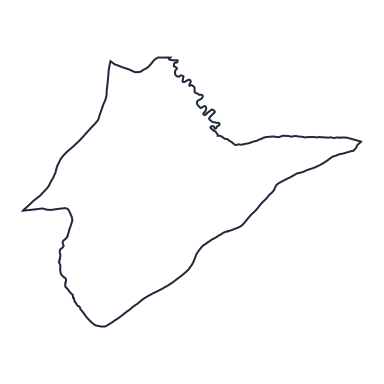 Rovieng, Preah Vihéar, Cambodia (orthographic projection)
{"feature_id": "14789045B51869022105306", "entity_name": "Rovieng", "entity_type": "district", "adm_level": 2, "iso_a3": "KHM", "parent_name": "Cambodia", "parent_adm1": "Preah Vihéar", "projection": "orthographic", "projection_center": [105.174, 13.345], "detail": "fine", "context": "isolated", "style": "outline", "palette": "slate", "viewbox_px": 384, "rotation_deg": 0, "n_neighbors": 0, "source": "geoboundaries", "source_scale": "gbopen_adm2", "svg_char_len": 5886}
<svg xmlns="http://www.w3.org/2000/svg" viewBox="0 0 384 384"><path d="M148.0,296.0L149.1,295.5L153.2,293.2L156.1,291.9L162.1,288.8L164.1,287.6L166.7,286.2L170.8,283.7L172.4,282.5L173.0,282.2L176.4,279.5L178.6,277.9L181.0,276.1L186.4,271.6L186.8,271.1L187.9,270.2L188.8,269.1L191.8,264.9L192.3,264.2L193.8,261.1L194.2,259.8L195.2,257.6L196.5,254.1L198.1,251.6L200.2,248.8L202.0,246.6L203.2,245.5L203.7,245.2L204.4,244.7L206.8,243.1L208.6,241.7L209.1,241.5L212.1,239.4L215.7,237.6L219.1,235.3L220.1,234.9L223.5,232.7L227.6,231.1L227.8,231.5L229.9,230.6L231.3,230.2L238.4,227.5L240.5,226.4L242.4,224.9L244.4,222.8L247.0,219.5L251.1,214.7L254.9,211.2L257.4,208.5L260.5,204.5L262.2,202.5L266.1,198.8L266.9,197.8L267.3,197.5L268.1,196.4L269.9,194.2L271.7,192.9L272.2,192.3L273.8,190.3L276.0,185.6L276.9,184.6L278.7,183.2L281.0,182.0L282.3,181.2L286.7,179.0L287.8,178.4L289.6,177.6L291.7,176.5L296.9,173.5L297.7,173.3L301.6,172.4L303.7,171.7L307.2,170.0L312.3,168.4L315.5,167.2L318.0,165.9L319.0,165.6L320.5,164.7L322.9,163.4L327.9,160.1L328.9,159.3L331.6,157.3L333.3,156.4L335.8,155.7L338.1,154.7L340.7,153.9L341.9,153.9L351.8,151.0L353.4,150.8L353.7,150.6L353.8,150.3L354.1,149.9L354.7,149.5L355.2,148.7L355.5,148.5L356.3,147.6L356.5,147.2L356.6,146.6L357.1,145.4L358.5,144.0L359.9,142.8L360.7,142.0L361.0,141.6L352.6,139.2L347.4,137.8L346.3,137.6L341.8,137.5L340.6,137.5L340.5,137.8L339.3,137.7L337.8,137.4L336.8,137.5L334.8,137.9L333.6,138.0L331.2,137.4L329.8,137.4L328.4,137.7L324.6,137.4L320.8,137.2L319.5,137.0L317.7,137.3L315.5,137.3L313.4,136.9L311.2,137.1L308.7,137.0L306.2,137.3L304.5,137.3L302.1,136.8L298.4,136.5L296.6,136.1L294.7,136.0L291.8,136.6L289.9,136.4L288.4,136.0L284.2,135.8L282.5,135.8L278.8,137.2L276.7,137.0L275.0,136.7L273.1,136.5L266.9,137.0L264.5,137.4L263.0,138.0L261.2,139.0L258.9,139.6L257.2,140.6L256.2,140.9L252.7,141.8L249.2,143.1L247.2,143.6L244.6,143.9L243.0,144.5L240.8,144.7L239.0,144.4L238.2,144.5L237.1,144.7L235.4,145.0L234.7,144.7L232.3,142.6L231.5,142.0L229.4,140.8L227.5,139.2L226.0,139.0L224.9,138.7L223.9,138.2L221.9,136.7L220.7,136.1L219.9,135.8L218.1,135.8L217.7,135.8L217.8,135.1L217.4,134.3L215.5,131.5L213.0,130.2L212.5,129.6L211.7,129.0L210.7,127.9L210.4,127.3L211.0,126.5L211.9,126.1L212.7,126.1L213.5,126.4L214.0,126.9L214.9,128.6L215.8,128.5L216.3,128.0L216.7,127.1L217.1,126.4L219.5,124.9L219.6,124.1L219.4,123.5L219.2,123.2L218.5,122.9L216.6,122.8L214.8,122.4L212.9,122.1L212.3,121.8L211.6,121.4L210.5,120.3L209.8,119.9L209.5,119.4L209.1,118.6L209.3,117.9L211.0,115.9L212.3,114.5L213.1,114.0L213.5,113.3L214.3,112.8L214.8,112.1L214.6,111.2L213.9,110.5L212.8,109.7L211.6,109.6L210.2,110.8L208.0,112.4L207.4,113.0L206.7,113.3L206.4,113.7L206.4,114.1L205.2,114.9L204.6,115.0L203.8,114.8L203.3,113.7L203.7,113.0L204.1,112.5L204.9,111.9L205.7,110.4L206.2,109.0L206.0,107.4L205.7,106.5L205.3,106.2L204.6,106.1L203.7,106.4L201.0,108.0L200.5,107.9L199.1,106.6L197.5,104.8L197.1,103.7L196.9,102.1L197.2,101.4L198.4,100.3L200.1,99.5L201.6,98.5L202.6,97.1L202.8,96.5L202.7,95.7L201.9,94.8L199.9,94.8L199.2,94.7L196.7,93.2L196.0,93.1L195.0,92.6L194.6,91.9L194.6,88.4L194.4,87.5L194.2,86.9L193.2,86.1L192.2,85.5L191.5,85.2L190.7,85.3L190.0,85.7L189.6,85.7L189.4,85.4L189.2,85.0L189.8,83.6L190.3,82.9L190.8,81.7L190.6,81.0L190.3,80.4L189.4,79.7L188.3,79.9L186.6,80.7L185.6,81.5L184.9,81.8L183.7,82.1L183.1,82.0L182.7,81.6L182.6,80.4L182.9,79.6L183.2,77.3L183.5,76.5L182.7,75.9L181.2,75.3L180.3,75.6L179.3,76.6L178.5,76.7L177.6,76.6L176.3,75.8L175.5,75.1L175.0,72.7L175.0,72.0L175.1,71.2L175.4,70.4L175.9,69.8L176.7,69.0L177.0,68.4L176.7,68.0L176.0,67.3L175.2,66.8L174.8,66.8L174.2,66.5L174.0,66.2L173.8,65.6L174.1,63.9L174.4,63.2L174.7,62.9L175.4,62.7L177.0,62.5L177.3,62.2L177.7,60.7L177.2,60.2L176.2,60.2L174.8,60.4L172.0,60.1L169.5,59.6L169.0,59.3L168.8,58.9L170.2,57.6L167.3,57.5L161.3,57.6L158.8,57.5L157.4,57.7L154.5,59.7L153.2,61.2L150.4,64.7L148.9,66.3L147.6,67.5L146.5,68.3L143.0,70.0L142.0,70.9L140.8,71.6L139.6,71.9L136.5,72.2L134.8,72.1L128.7,69.3L122.2,67.2L118.1,65.5L114.8,64.4L110.5,61.2L109.3,66.4L108.7,70.5L107.9,80.2L106.6,91.8L106.6,94.6L106.3,96.4L105.5,99.4L104.8,101.3L103.5,104.1L102.8,106.0L102.3,107.6L99.6,115.2L98.5,119.0L97.8,120.4L97.2,121.2L94.9,123.8L93.3,125.5L92.7,126.0L87.9,131.3L79.7,140.4L74.7,145.0L73.6,146.2L69.3,149.8L66.6,152.2L64.8,154.0L62.2,156.9L61.2,158.4L60.1,160.1L57.6,165.2L56.9,167.1L56.4,168.8L55.4,172.8L53.1,177.9L50.9,181.6L48.7,186.1L46.6,188.8L42.5,193.1L41.7,194.0L39.9,195.8L33.4,200.9L28.5,205.6L23.5,210.0L23.0,210.7L34.9,209.4L41.4,208.6L41.9,208.5L42.9,208.6L47.0,209.7L49.6,209.9L51.2,209.9L59.8,208.7L64.7,208.2L65.5,208.2L66.0,208.3L67.5,208.9L67.9,209.1L68.3,209.6L70.3,213.4L70.4,213.9L71.8,217.0L72.4,220.8L71.8,222.3L70.6,226.2L70.1,227.3L69.5,229.2L69.1,229.8L69.2,230.7L68.6,232.3L68.5,233.4L68.0,234.2L67.9,235.1L67.3,236.0L67.5,236.6L66.7,237.5L66.3,238.2L65.4,239.0L63.9,240.2L63.2,240.8L62.8,241.6L62.6,242.4L63.0,244.1L63.6,245.8L63.4,246.3L63.0,247.1L62.4,247.7L60.5,249.2L59.8,250.3L59.8,253.0L60.3,254.2L60.4,256.1L60.1,256.6L60.0,257.9L60.1,258.6L59.8,259.1L59.3,259.5L59.6,260.8L59.3,261.6L58.9,262.0L60.3,265.2L60.3,266.5L60.4,267.3L60.1,268.8L60.3,271.1L60.6,272.0L60.6,272.6L61.0,274.1L62.1,275.5L64.1,277.4L64.6,277.5L65.2,278.0L65.8,278.9L66.0,279.5L66.0,280.8L65.8,281.4L65.8,282.0L65.2,283.0L65.5,283.9L65.3,284.2L65.2,286.2L65.6,286.5L65.6,287.1L66.5,287.8L67.1,288.6L67.8,289.2L69.5,291.7L71.7,294.0L72.8,295.0L73.0,297.7L73.7,297.8L74.0,299.0L74.2,300.1L74.7,301.1L74.9,302.0L75.6,302.5L76.7,304.5L77.7,305.8L78.8,306.2L79.6,306.9L80.1,307.8L80.3,309.0L83.4,312.8L86.2,316.8L89.2,320.0L91.6,322.5L93.4,323.8L94.8,325.1L95.9,325.5L101.0,326.5L104.6,326.5L105.9,326.2L112.7,322.0L114.5,320.6L118.5,318.1L127.5,311.1L129.0,310.2L132.8,306.9L134.9,305.4L137.1,304.0L141.8,300.1L143.2,299.0L148.0,296.0Z" fill="none" stroke="#1e293b" stroke-width="2"/></svg>